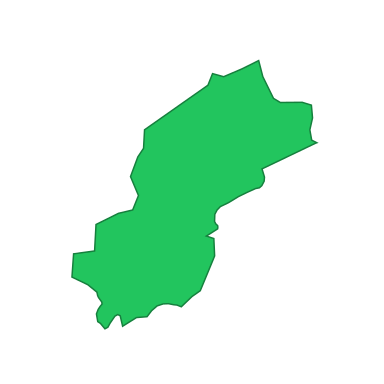 SVG path tracing the border of Alojas, rotated 70°
{"feature_id": "LVA-5755", "entity_name": "Alojas", "entity_type": "Municipality", "adm_level": 1, "iso_a3": "LVA", "parent_name": "Latvia", "parent_adm1": "", "projection": "albers", "projection_center": [24.909, 57.802], "detail": "fine", "context": "isolated", "style": "filled", "palette": "green", "viewbox_px": 384, "rotation_deg": 70, "n_neighbors": 0, "source": "natural_earth", "source_scale": "10m", "svg_char_len": 1077}
<svg xmlns="http://www.w3.org/2000/svg" viewBox="0 0 384 384"><g transform="rotate(70 192 192)"><path d="M184.2,61.8L188.4,57.9L188.4,59.2L194.2,118.3L202.8,118.8L206.5,120.5L209.9,124.2L211.1,127.2L210.5,131.1L211.2,140.3L212.2,149.9L214.5,161.3L215.4,170.3L217.5,174.6L220.8,178.2L227.5,180.9L230.2,180.5L232.3,179.4L233.8,179.7L235.4,180.5L238.3,193.6L243.2,187.4L259.8,192.6L263.8,196.2L287.6,218.0L290.2,227.7L296.2,241.3L293.1,244.8L291.6,247.9L288.9,252.3L287.3,257.3L287.1,263.7L289.7,270.5L293.8,276.9L291.0,287.1L294.4,303.1L283.7,301.8L281.8,303.7L282.3,306.9L287.3,313.9L290.3,317.3L290.8,320.6L284.1,323.0L281.6,324.9L273.9,323.5L270.2,320.3L268.0,317.3L266.6,314.9L264.6,314.4L259.3,315.9L257.1,316.1L253.6,315.6L243.5,321.6L230.9,333.9L209.6,324.4L214.1,303.7L189.7,293.3L186.9,268.4L188.6,253.9L177.0,243.5L156.5,244.5L140.5,230.9L134.4,222.6L117.3,215.3L97.1,140.5L87.8,132.2L94.5,122.8L93.4,103.1L91.3,84.4L107.8,86.0L131.9,83.4L138.1,78.4L145.4,57.8L151.2,50.1L163.6,53.4L173.9,60.0L184.2,61.8Z" fill="#22c55e" stroke="#15803d" stroke-width="1.5"/></g></svg>